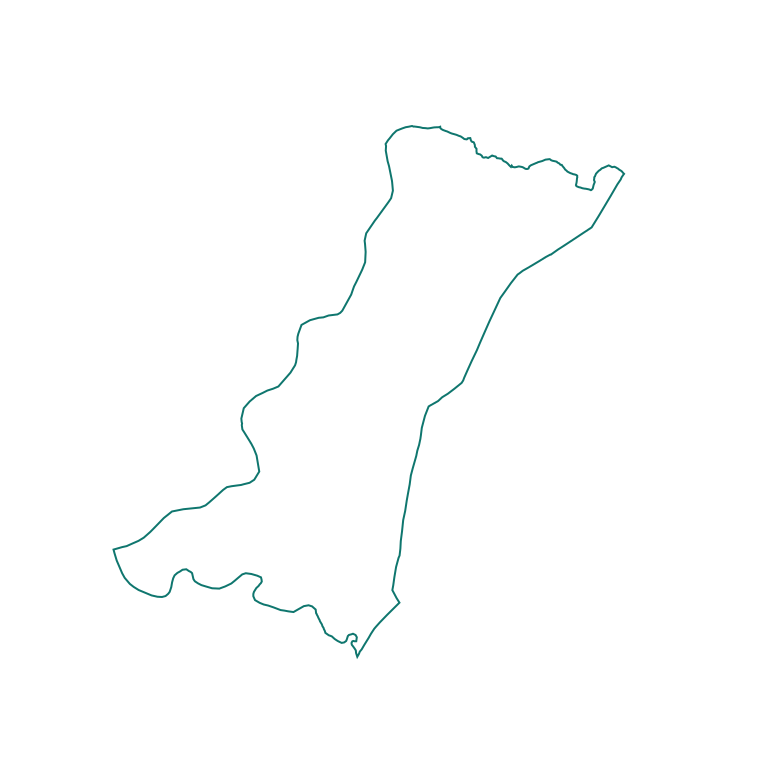 Ziguinchor, Ziguinchor, Senegal, rotated 308°
{"feature_id": "50182788B19119296887329", "entity_name": "Ziguinchor", "entity_type": "district", "adm_level": 2, "iso_a3": "SEN", "parent_name": "Senegal", "parent_adm1": "Ziguinchor", "projection": "albers", "projection_center": [-16.18, 12.511], "detail": "fine", "context": "isolated", "style": "outline", "palette": "teal", "viewbox_px": 768, "rotation_deg": 308, "n_neighbors": 0, "source": "geoboundaries", "source_scale": "gbopen_adm2", "svg_char_len": 5762}
<svg xmlns="http://www.w3.org/2000/svg" viewBox="0 0 768 768"><g transform="rotate(308 384 384)"><path d="M87.0,272.8L84.6,276.0L80.3,282.1L77.4,287.4L73.7,294.1L71.6,299.0L70.0,306.8L70.0,311.6L70.6,317.5L74.3,331.0L76.9,336.5L79.5,340.2L82.4,342.4L85.7,343.1L88.2,343.1L93.0,341.4L97.3,339.1L101.1,337.5L104.3,336.8L108.0,337.5L110.5,338.6L113.6,339.6L116.3,342.3L116.5,345.4L116.9,347.4L116.8,349.2L112.9,354.0L112.1,356.4L112.4,360.2L113.1,363.9L114.8,368.3L117.2,374.3L121.4,380.2L125.9,383.0L126.9,383.6L132.8,386.5L137.1,387.5L141.5,388.4L146.7,389.5L149.8,391.6L152.6,396.4L154.9,402.1L155.9,406.1L154.5,407.9L153.1,409.3L151.3,409.6L149.5,409.4L147.7,409.5L144.6,409.0L140.1,409.5L138.1,410.3L136.3,411.7L134.3,415.4L135.0,420.7L136.2,425.0L138.1,429.1L140.0,434.6L142.2,441.7L144.1,445.0L145.9,448.5L147.3,450.9L148.6,453.1L150.6,453.9L151.1,454.1L159.6,457.6L163.2,460.8L164.5,464.3L164.4,465.4L164.2,469.0L163.3,469.9L161.6,471.6L161.5,472.2L161.1,472.7L160.6,473.8L160.3,474.6L160.0,475.1L159.5,476.0L158.9,477.2L158.4,478.5L158.0,479.0L157.7,479.5L157.0,481.2L156.6,482.4L156.1,483.4L155.2,484.7L154.6,486.5L153.8,487.6L153.1,489.2L152.2,490.5L151.8,491.0L152.0,495.2L152.5,496.6L153.0,498.3L152.7,502.2L153.0,505.8L153.9,510.0L155.8,511.7L158.2,512.4L160.2,511.8L163.1,510.7L164.7,510.9L166.8,512.5L168.1,513.3L168.7,516.1L168.2,517.3L167.7,518.5L167.0,518.9L164.2,520.5L163.2,519.3L162.7,518.1L161.8,517.5L160.3,517.7L159.5,518.2L158.7,519.2L158.0,521.9L157.9,522.2L157.4,523.9L156.7,525.8L156.0,526.5L154.9,527.5L152.6,530.9L156.0,530.4L158.2,529.7L161.1,529.8L166.2,529.1L174.5,528.2L179.2,527.5L185.1,527.0L187.6,527.1L193.6,527.5L204.0,528.6L216.5,530.2L221.2,530.8L223.0,525.8L226.7,517.5L231.1,515.2L238.0,511.2L247.2,506.2L256.0,502.5L258.4,501.9L264.3,498.3L270.6,493.9L279.2,488.8L288.6,482.9L296.9,478.9L306.3,473.6L313.3,469.9L320.6,466.1L328.4,461.5L334.9,458.7L347.2,453.7L352.0,451.3L357.5,449.2L362.6,446.7L363.1,446.5L363.4,446.3L366.2,444.7L372.7,440.8L384.1,435.9L393.8,433.0L395.9,433.8L403.8,437.1L409.4,438.0L415.6,440.3L423.6,442.4L432.7,444.5L435.6,444.2L438.1,443.4L445.6,441.5L455.9,439.0L467.8,436.4L475.5,434.3L488.0,431.1L498.3,428.5L508.3,426.2L523.4,422.7L531.0,422.4L541.4,421.9L552.5,421.9L554.7,422.6L558.6,423.6L563.7,425.7L576.0,430.5L583.6,433.3L588.4,435.4L588.6,435.8L592.3,436.9L597.0,438.3L607.1,441.8L635.2,451.2L637.1,451.0L648.2,449.8L672.0,446.8L685.0,445.0L691.0,444.6L693.1,444.0L696.3,443.8L697.4,443.8L697.5,443.0L697.6,442.3L697.7,441.6L697.9,441.1L698.0,439.9L697.9,438.9L697.7,437.5L697.8,435.9L697.6,434.9L697.5,433.7L697.1,431.9L696.2,431.0L695.3,430.3L694.9,427.9L694.6,426.5L692.5,425.4L689.3,423.7L688.1,422.9L687.2,422.7L686.1,422.6L684.4,422.0L682.8,421.8L680.3,421.6L678.4,422.1L677.6,422.4L676.4,422.4L675.5,423.1L674.0,423.9L673.0,425.7L671.4,426.2L670.0,426.6L666.5,428.2L664.8,428.0L664.6,428.0L664.1,427.7L663.9,426.8L663.5,425.6L662.7,424.0L662.1,422.8L661.4,421.7L660.4,419.8L659.8,417.9L659.1,416.5L658.8,415.5L658.4,413.9L658.9,412.8L660.7,412.0L662.0,411.3L663.6,410.3L664.2,409.9L664.7,409.6L665.2,409.3L666.0,409.0L666.3,408.6L667.1,408.0L667.1,406.8L666.5,405.2L665.8,403.9L665.5,402.7L664.9,401.0L664.5,398.9L664.3,397.6L664.5,396.6L664.5,394.8L665.1,393.0L665.7,390.2L666.1,389.2L665.4,388.1L665.7,386.3L665.3,384.3L665.5,383.3L665.2,382.5L664.4,380.8L663.6,379.2L663.2,377.7L663.3,376.7L663.1,376.0L660.2,373.1L657.1,371.4L653.6,368.8L652.7,368.4L651.7,367.8L649.7,366.7L646.8,365.1L644.9,364.6L642.7,365.2L641.5,364.4L640.7,363.1L640.5,362.0L640.4,360.6L640.0,359.2L639.5,358.2L638.5,356.3L637.1,355.2L636.9,355.1L635.3,353.7L634.2,351.7L634.7,350.2L633.2,350.4L633.4,348.3L633.9,345.6L633.9,343.3L633.4,341.5L633.4,340.1L633.5,339.6L633.7,339.4L633.8,339.0L634.0,338.1L633.7,337.4L633.3,337.1L632.5,335.5L631.5,334.0L632.0,331.9L631.3,330.6L630.8,329.1L630.5,328.9L630.5,328.5L626.2,326.9L625.5,324.7L623.9,323.4L623.5,322.6L623.5,321.6L624.1,320.5L624.1,319.9L624.1,318.4L623.4,316.9L622.9,315.1L624.3,313.6L626.3,312.1L626.9,309.6L628.3,308.4L629.6,306.2L629.7,305.7L629.2,304.7L629.2,304.2L629.0,303.8L629.5,302.5L630.9,300.6L630.1,299.6L629.1,298.7L628.6,298.9L627.7,298.6L626.5,296.5L626.5,294.7L626.3,291.9L625.8,290.7L625.5,289.7L625.0,287.8L624.0,285.3L623.2,283.4L622.7,281.9L622.3,280.1L621.9,278.3L621.4,277.0L620.8,275.1L620.4,273.8L620.2,272.0L620.4,270.8L621.3,269.9L620.2,269.2L618.6,267.3L617.5,266.0L616.4,264.9L613.9,262.7L612.3,261.1L611.2,259.2L609.6,256.9L608.4,254.2L606.6,251.1L605.4,249.1L605.1,248.9L604.8,248.1L604.6,247.3L604.5,247.2L602.0,245.1L599.7,243.0L596.6,241.0L594.4,239.7L591.3,237.9L586.3,237.2L581.1,237.2L578.6,237.1L574.1,237.5L572.8,239.1L569.0,241.7L561.8,249.7L558.8,253.8L549.1,265.1L547.9,266.3L541.8,272.0L534.8,275.2L530.5,275.5L510.5,276.2L507.2,276.2L491.8,277.2L485.0,280.5L482.6,282.9L476.8,288.2L468.3,294.2L460.8,296.4L458.6,296.9L447.2,299.4L442.5,300.3L438.6,301.6L434.3,303.1L418.0,305.7L416.1,306.0L413.1,305.7L410.2,304.5L403.9,298.2L399.2,295.2L396.0,291.8L388.7,286.4L379.8,282.6L370.9,285.5L368.0,286.8L365.2,288.7L363.0,291.3L358.7,294.2L352.7,298.2L348.7,300.3L347.0,301.3L344.0,302.4L337.1,303.1L335.4,303.3L317.0,302.3L312.0,299.5L307.0,296.1L302.3,293.9L295.8,290.6L287.5,288.9L278.6,288.4L268.9,292.9L266.4,295.3L265.5,296.5L264.1,297.2L261.0,300.4L260.5,301.8L260.1,303.0L257.2,310.9L255.6,315.2L255.5,315.3L255.5,315.5L255.0,316.7L253.0,321.1L249.2,327.6L238.2,339.6L228.7,340.7L223.4,338.9L218.7,335.2L216.4,333.5L214.2,331.3L209.6,326.8L206.0,323.7L201.4,322.4L192.6,320.9L183.0,319.1L178.5,318.1L173.4,315.1L161.8,303.0L153.0,295.4L142.8,293.0L130.6,291.7L123.6,290.9L115.0,289.3L109.2,287.1L103.3,283.9L97.8,281.0L94.3,278.1L87.0,272.8Z" fill="none" stroke="#0f766e" stroke-width="2"/></g></svg>